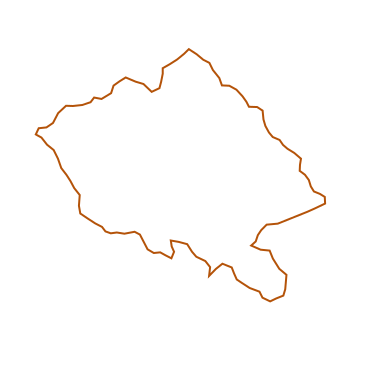 outline of Pirapora do Bom Jesus, São Paulo, Brazil, rotated 66°
{"feature_id": "56859067B63542000245485", "entity_name": "Pirapora do Bom Jesus", "entity_type": "district", "adm_level": 2, "iso_a3": "BRA", "parent_name": "Brazil", "parent_adm1": "São Paulo", "projection": "albers", "projection_center": [-46.98, -23.379], "detail": "fine", "context": "isolated", "style": "outline", "palette": "amber", "viewbox_px": 384, "rotation_deg": 66, "n_neighbors": 0, "source": "geoboundaries", "source_scale": "gbopen_adm2", "svg_char_len": 1548}
<svg xmlns="http://www.w3.org/2000/svg" viewBox="0 0 384 384"><g transform="rotate(66 192 192)"><path d="M75.9,311.3L81.0,307.4L89.8,305.2L97.4,301.3L107.0,300.9L117.0,301.7L125.3,299.7L132.4,298.6L140.6,298.0L149.1,295.8L158.6,300.9L166.2,302.8L173.9,298.0L181.3,293.2L187.3,288.4L192.8,287.1L196.7,283.0L198.4,277.2L202.6,270.7L205.0,260.6L209.7,256.9L216.2,256.5L226.3,255.9L232.2,251.7L234.2,245.6L239.0,242.0L244.2,237.8L239.3,232.7L233.5,232.7L227.7,231.1L232.2,224.4L237.7,217.6L246.6,216.3L252.9,214.4L260.5,207.9L268.0,206.0L275.6,210.5L272.0,201.5L269.9,193.4L277.1,186.4L283.6,186.7L290.1,186.7L295.4,183.4L303.1,178.4L310.5,170.9L317.2,170.6L323.7,165.1L323.5,158.4L323.8,150.7L318.8,146.4L306.1,139.4L297.7,143.5L285.7,145.2L277.1,144.9L272.6,152.8L265.0,159.7L263.1,153.9L258.2,149.4L255.0,144.3L252.2,137.1L255.8,126.5L257.0,94.6L257.0,86.8L256.7,75.1L250.5,72.7L245.8,75.9L241.1,80.4L235.2,81.2L228.6,80.4L222.2,81.8L216.5,85.0L211.1,82.3L205.9,78.9L197.9,82.7L191.3,87.2L186.0,89.7L180.1,90.8L174.6,95.9L168.9,97.5L161.5,98.1L154.8,97.2L146.4,94.4L140.9,97.9L137.3,105.3L131.7,105.6L125.2,106.9L116.6,109.8L110.1,114.7L106.8,121.3L99.0,120.7L89.1,123.3L81.1,123.6L75.8,127.9L67.9,131.8L60.2,136.8L62.5,142.9L64.9,151.7L66.2,160.3L67.0,168.4L72.0,170.6L78.8,175.4L83.9,179.5L84.1,188.1L73.6,192.4L68.3,198.6L60.4,206.0L61.4,213.1L62.9,220.4L68.8,225.7L70.2,236.8L65.9,243.0L68.7,248.1L67.9,256.8L65.0,265.8L62.0,272.0L65.5,282.2L72.4,290.9L73.8,298.7L71.4,306.1L75.9,311.3Z" fill="none" stroke="#b45309" stroke-width="2"/></g></svg>